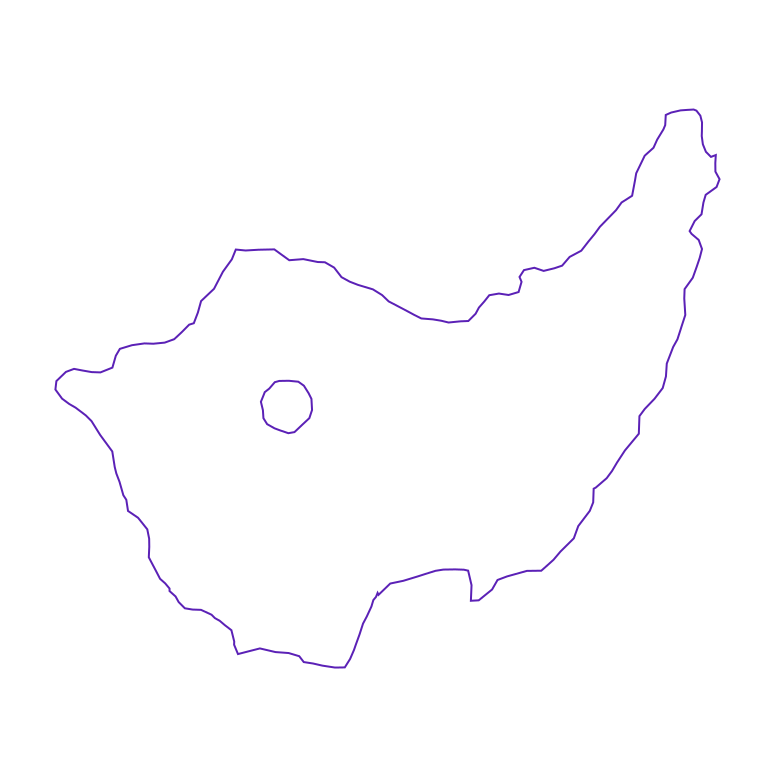 Shaki District, Şəki, Azerbaijan, rotated 272°
{"feature_id": "54616110B25010354244926", "entity_name": "Shaki District", "entity_type": "district", "adm_level": 2, "iso_a3": "AZE", "parent_name": "Azerbaijan", "parent_adm1": "Şəki", "projection": "orthographic", "projection_center": [47.215, 41.108], "detail": "fine", "context": "isolated", "style": "outline", "palette": "violet", "viewbox_px": 768, "rotation_deg": 272, "n_neighbors": 0, "source": "geoboundaries", "source_scale": "gbopen_adm2", "svg_char_len": 3069}
<svg xmlns="http://www.w3.org/2000/svg" viewBox="0 0 768 768"><g transform="rotate(272 384 384)"><path d="M662.7,656.2L652.5,656.0L648.1,654.3L637.8,648.5L629.5,645.1L621.3,636.6L603.4,628.7L595.9,627.7L580.8,625.4L573.7,615.1L565.8,609.8L558.3,603.0L548.7,594.3L541.2,589.2L533.5,583.3L524.1,576.5L517.5,565.1L508.5,557.9L505.6,550.2L502.6,539.6L505.4,530.2L502.7,519.9L495.7,515.7L490.9,517.9L480.6,515.3L477.3,505.4L478.4,495.7L476.4,486.1L469.9,481.3L463.7,476.2L457.4,473.1L449.9,466.1L449.3,458.2L447.7,446.4L449.2,439.1L450.3,430.6L450.8,419.0L454.2,411.6L456.0,408.0L461.0,397.7L466.7,385.8L472.8,379.0L478.2,369.6L482.1,354.7L482.3,354.1L485.1,346.1L489.3,337.8L498.6,330.1L503.6,320.7L503.6,313.5L506.0,299.0L504.4,285.0L510.3,276.2L514.7,269.7L513.8,253.9L512.6,241.0L513.2,231.3L513.2,231.2L503.3,227.6L490.6,219.1L473.2,210.8L460.5,198.3L448.9,195.5L438.1,191.8L436.5,187.2L428.9,180.2L421.5,172.8L417.7,163.4L416.2,152.0L416.2,143.2L414.0,130.8L409.9,118.8L402.9,115.0L390.9,112.0L385.7,100.2L385.7,91.4L387.0,82.0L388.3,73.7L385.0,65.7L375.5,56.5L374.5,56.4L367.0,55.8L358.1,62.8L353.0,70.2L349.6,76.6L342.2,87.1L336.7,93.0L323.2,102.1L317.1,106.9L307.1,114.8L291.6,117.8L285.3,119.6L277.0,123.1L263.7,127.4L259.3,130.5L248.2,132.6L241.7,142.9L230.5,152.5L221.2,154.7L213.1,155.1L202.6,155.0L198.0,157.6L190.0,162.2L181.5,167.0L177.1,172.3L172.1,176.8L169.6,176.9L164.4,183.1L158.9,186.4L152.9,192.8L151.9,200.5L151.9,209.0L147.4,219.7L144.1,223.2L141.6,228.1L137.4,233.4L132.6,240.1L121.4,243.3L118.2,243.3L109.0,247.5L111.5,255.9L115.4,269.2L112.3,284.9L111.8,298.1L109.0,308.8L103.3,313.5L102.2,322.8L100.4,332.2L98.9,345.0L99.4,354.7L108.0,359.7L117.2,363.3L122.7,365.0L132.9,368.3L143.8,371.4L151.0,374.9L161.2,379.2L167.7,380.9L170.9,383.4L175.0,384.9L173.1,385.9L184.8,397.2L188.0,410.2L192.9,424.5L195.6,432.0L199.1,442.0L200.6,449.8L201.2,461.7L201.2,470.3L200.4,474.6L186.0,478.5L170.4,478.4L171.1,486.2L182.4,499.2L192.1,504.3L196.0,513.7L202.2,533.3L202.9,547.7L204.4,549.3L208.6,553.7L214.2,559.5L222.7,566.2L236.4,579.1L248.8,583.1L264.4,594.1L273.0,597.2L286.7,597.2L287.8,599.2L297.6,609.8L305.0,614.9L313.6,619.6L326.0,627.1L336.6,635.3L343.2,640.4L360.8,640.4L368.2,645.5L378.7,654.9L389.7,662.7L401.4,665.5L414.3,665.9L431.1,671.7L438.9,675.7L449.1,678.6L451.3,679.2L463.5,682.7L479.9,681.1L489.3,681.1L501.0,688.9L512.0,692.4L521.0,695.1L530.0,697.1L538.9,693.5L544.8,686.1L547.5,684.1L557.7,688.8L564.7,695.4L576.5,696.9L584.3,698.9L592.5,709.5L600.4,712.2L607.8,707.8L616.4,707.4L624.4,707.6L623.4,705.2L622.4,702.8L627.3,697.6L634.7,694.3L642.9,692.9L647.5,692.9L652.3,692.8L656.6,692.7L663.2,690.8L668.1,686.7L669.1,683.9L668.5,677.3L667.8,670.8L665.3,661.5L662.7,656.2ZM372.3,308.9L366.6,312.0L355.5,313.0L347.3,310.6L340.3,303.6L334.9,298.3L332.8,296.2L331.5,290.1L333.2,284.6L333.8,282.4L335.9,276.1L339.8,268.6L345.6,264.7L353.6,263.9L361.9,261.6L369.9,264.5L371.7,265.1L375.4,269.5L382.0,274.8L383.4,279.2L383.9,288.8L383.3,298.3L379.5,304.0L373.0,308.4L372.3,308.9Z" fill="none" stroke="#5b21b6" stroke-width="2"/></g></svg>